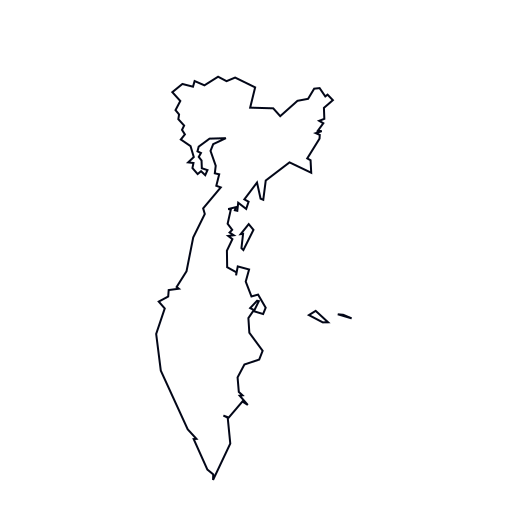 map outline of Kamchatka (orthographic projection), rotated 336°
{"feature_id": "RUS-3468", "entity_name": "Kamchatka", "entity_type": "Region", "adm_level": 1, "iso_a3": "RUS", "parent_name": "Russia", "parent_adm1": "", "projection": "orthographic", "projection_center": [164.844, 57.899], "detail": "medium", "context": "isolated", "style": "outline", "palette": "ink", "viewbox_px": 512, "rotation_deg": 336, "n_neighbors": 0, "source": "natural_earth", "source_scale": "10m", "svg_char_len": 1945}
<svg xmlns="http://www.w3.org/2000/svg" viewBox="0 0 512 512"><g transform="rotate(336 256 256)"><path d="M389.6,144.9L378.3,148.3L374.2,158.5L368.7,158.2L371.5,162.1L363.5,166.7L366.8,168.7L360.6,168.1L363.5,171.3L361.8,174.6L342.5,187.7L344.8,190.7L340.3,202.4L324.7,184.1L295.6,191.0L285.5,207.6L283.5,205.5L286.8,189.3L268.4,199.5L271.3,203.4L266.2,209.0L261.4,200.1L257.3,207.1L255.3,205.6L257.5,203.2L249.7,201.8L251.9,203.3L243.2,215.0L244.9,222.4L241.4,223.8L244.1,228.0L238.8,226.4L241.3,231.0L231.6,239.3L225.1,254.5L231.5,263.0L229.9,265.6L235.1,258.1L244.2,265.5L236.2,275.2L235.4,291.1L242.2,292.1L243.8,307.2L238.9,311.9L231.6,305.6L240.2,298.4L238.8,297.3L229.5,301.2L232.1,304.5L223.8,309.6L218.7,323.4L223.5,345.3L216.8,351.9L201.3,350.4L189.8,359.4L185.0,373.2L187.0,377.8L184.3,377.0L187.9,388.7L184.4,383.4L165.4,392.5L161.3,388.5L164.4,392.2L156.2,416.9L125.7,443.1L128.1,438.1L124.7,431.3L124.6,397.9L127.2,398.8L123.1,386.6L122.4,322.0L133.1,286.6L151.3,266.8L148.6,258.1L159.3,257.3L162.4,251.6L172.2,254.5L170.9,252.0L186.3,241.7L206.2,213.5L226.3,196.8L227.1,191.0L251.7,179.0L248.3,175.7L255.6,166.4L252.0,163.7L255.9,157.2L257.2,141.5L262.4,136.4L276.4,136.1L261.3,129.9L248.1,132.8L245.1,136.6L247.6,139.5L244.0,142.2L245.1,146.6L242.2,153.8L246.6,157.8L242.5,161.5L240.3,156.2L236.0,157.4L233.7,149.8L236.7,145.6L232.1,142.9L239.4,140.3L240.9,129.0L234.7,119.0L240.5,116.0L239.7,110.7L243.4,107.6L240.7,99.4L243.3,95.4L241.8,90.0L249.9,83.6L246.2,72.3L258.7,68.9L267.3,75.7L271.1,71.2L278.3,79.1L294.3,76.8L300.2,84.3L309.5,84.5L323.8,101.6L311.0,118.1L331.8,128.1L335.0,138.1L357.0,131.1L367.5,133.6L377.2,126.8L382.4,128.5L384.2,138.4L387.0,137.7L389.6,144.9ZM264.3,231.1L246.9,245.4L245.9,242.9L253.2,230.5L250.9,229.8L262.3,223.9L264.3,231.1ZM294.9,345.9L290.0,343.8L280.3,331.5L288.2,330.4L294.9,345.9ZM311.8,345.2L318.0,351.9L307.0,342.5L311.8,345.2Z" fill="none" stroke="#020617" stroke-width="2"/></g></svg>